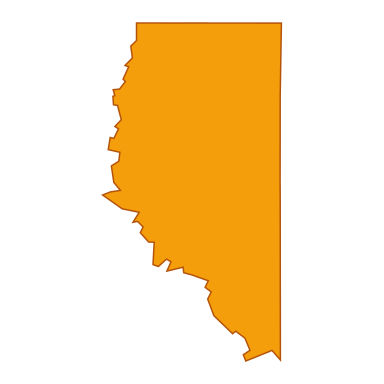 outline of LaSalle, Louisiana, United States of America
{"feature_id": "52423323B85918245780607", "entity_name": "LaSalle", "entity_type": "district", "adm_level": 2, "iso_a3": "USA", "parent_name": "United States of America", "parent_adm1": "Louisiana", "projection": "robinson", "projection_center": [-92.255, 31.626], "detail": "fine", "context": "isolated", "style": "filled", "palette": "amber", "viewbox_px": 384, "rotation_deg": 0, "n_neighbors": 0, "source": "geoboundaries", "source_scale": "gbopen_adm2", "svg_char_len": 849}
<svg xmlns="http://www.w3.org/2000/svg" viewBox="0 0 384 384"><path d="M112.9,96.3L113.5,104.8L117.5,105.4L121.3,119.7L114.9,126.5L118.5,128.8L113.9,138.4L110.2,137.5L108.2,149.6L119.9,152.3L118.8,161.2L111.4,165.9L113.8,182.4L120.4,190.4L110.5,191.9L102.6,195.0L122.2,208.8L139.2,212.3L133.0,222.3L137.6,221.4L143.1,227.0L140.3,232.7L148.6,242.0L154.2,242.2L153.0,264.6L158.4,266.5L166.5,259.1L171.0,261.8L166.9,271.1L183.1,267.2L183.7,272.7L191.5,274.8L208.3,280.8L205.1,287.3L211.2,291.9L207.7,299.1L213.9,315.7L232.6,333.7L235.7,331.2L244.9,338.1L250.0,350.3L243.3,354.7L245.8,361.0L272.0,350.4L280.4,360.0L280.2,197.8L280.1,182.5L280.2,96.5L281.4,23.1L136.5,23.0L136.5,40.5L130.8,46.1L132.4,57.9L125.0,65.5L128.7,66.7L123.1,79.1L125.4,81.5L119.5,89.1L113.2,89.7L114.8,95.7L112.9,96.3Z" fill="#f59e0b" stroke="#b45309" stroke-width="1.5"/></svg>